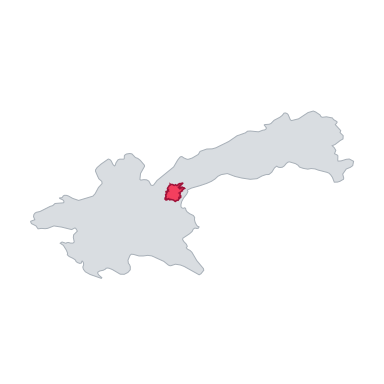 Bolikhanh, Bolikhamxai, Laos (highlighted), rotated 280°
{"feature_id": "54806243B38161899142036", "entity_name": "Bolikhanh", "entity_type": "district", "adm_level": 2, "iso_a3": "LAO", "parent_name": "Laos", "parent_adm1": "Bolikhamxai", "projection": "equal_earth", "projection_center": [103.824, 18.646], "detail": "fine", "context": "in_parent", "style": "filled", "palette": "rose", "viewbox_px": 384, "rotation_deg": 280, "n_neighbors": 0, "source": "geoboundaries", "source_scale": "gbopen_adm2", "svg_char_len": 7322}
<svg xmlns="http://www.w3.org/2000/svg" viewBox="0 0 384 384"><g transform="rotate(280 192 192)"><path d="M145.0,42.3L146.4,45.7L153.2,54.8L154.4,57.2L156.9,59.1L159.0,67.2L159.9,67.7L161.0,67.2L161.9,66.0L162.6,62.9L163.1,62.6L163.9,65.1L165.8,65.9L166.6,67.0L166.9,69.0L166.6,71.0L165.0,75.6L164.0,81.8L170.7,95.1L173.5,96.9L180.2,99.1L184.7,102.0L186.8,101.3L188.8,98.0L191.3,96.2L195.8,93.3L197.1,93.2L199.6,94.3L203.7,97.6L209.9,103.8L209.7,105.5L208.5,107.1L205.2,109.5L204.2,111.1L204.8,111.7L207.6,112.1L210.8,113.5L211.8,115.1L212.4,118.8L213.0,119.5L216.0,119.1L216.9,119.6L218.0,120.8L219.1,123.9L219.1,126.2L216.1,130.3L215.7,132.7L214.2,135.6L210.1,140.5L209.0,140.8L201.3,138.1L195.3,138.5L194.8,139.5L195.8,142.4L196.1,145.3L195.2,147.6L191.7,150.4L191.5,151.7L192.2,153.0L197.3,155.6L213.5,169.6L220.9,172.3L224.2,174.1L225.0,175.1L225.0,176.3L224.2,177.9L223.5,180.7L223.4,182.3L224.2,183.9L225.5,186.3L230.1,191.7L233.4,192.9L236.9,199.1L238.0,204.4L239.7,207.9L248.2,219.5L255.2,226.6L259.5,234.3L261.5,236.1L262.2,238.9L262.8,247.0L265.2,251.1L265.7,252.7L266.8,253.9L268.0,254.2L270.5,251.5L271.0,251.9L272.1,256.2L273.1,257.8L276.9,260.4L280.9,265.6L283.0,267.5L285.7,269.0L286.1,270.6L285.6,272.3L284.8,273.3L280.2,276.3L279.6,277.6L282.6,284.3L290.4,292.5L292.8,297.4L292.3,299.8L290.2,304.6L288.6,305.9L288.2,307.4L289.4,311.3L289.3,317.4L287.9,318.8L286.5,322.5L285.6,322.8L283.2,321.4L278.3,327.8L276.2,327.5L273.7,331.1L270.5,331.5L268.3,328.9L263.6,324.6L261.9,322.0L260.4,324.3L258.0,326.4L254.5,325.7L253.5,328.9L252.9,329.4L248.6,330.0L247.8,330.5L248.5,333.4L251.0,338.3L251.8,341.2L250.3,345.8L245.9,345.7L243.9,343.8L241.4,339.9L235.8,337.3L232.1,339.0L230.9,339.0L228.1,335.7L227.0,333.5L226.4,330.4L230.7,327.8L232.8,325.8L234.3,323.7L234.8,321.5L235.5,312.4L236.1,309.1L235.8,305.2L234.6,302.1L234.6,297.4L235.2,293.6L236.8,291.7L237.9,289.0L238.6,282.9L238.1,281.4L236.5,279.9L233.8,278.4L232.1,276.7L231.4,274.5L231.4,272.6L232.2,271.0L230.2,269.1L225.3,267.1L222.6,264.7L222.0,261.9L220.0,258.2L216.4,253.7L214.6,247.1L214.4,238.6L214.8,231.7L216.3,223.6L214.2,217.8L212.0,214.8L208.9,212.5L205.9,209.3L203.1,205.1L199.7,198.9L195.7,190.7L193.1,187.0L191.7,187.9L188.9,187.1L184.5,184.7L180.8,183.5L177.5,183.3L175.4,183.8L174.5,185.1L174.4,186.3L175.2,187.5L174.8,188.5L173.1,189.2L171.7,190.5L170.2,193.5L169.1,197.4L167.5,199.0L165.0,199.3L162.6,200.4L160.1,202.3L159.0,203.8L159.1,204.8L158.6,205.0L157.4,204.5L156.9,203.2L157.0,201.1L155.7,199.7L153.2,199.0L150.4,196.8L145.0,191.1L143.7,190.9L141.9,192.4L139.6,195.5L137.7,196.8L136.1,196.1L135.0,197.3L134.1,200.2L132.6,202.4L125.3,208.6L118.6,216.5L117.0,217.2L113.0,215.0L111.7,213.4L117.3,197.3L118.1,193.3L118.0,188.2L115.7,183.9L115.6,182.6L116.0,181.3L118.8,176.3L122.1,163.4L121.9,159.4L120.5,155.0L119.8,150.9L120.4,145.2L120.2,143.0L118.7,141.9L113.7,140.8L110.8,141.7L109.4,143.2L107.7,144.2L104.6,144.7L101.6,142.8L99.2,139.6L98.6,135.6L101.8,127.0L102.5,123.7L102.5,122.1L101.9,120.5L101.2,120.3L99.6,118.3L98.1,114.7L96.6,113.1L95.3,113.4L94.0,114.7L91.9,118.1L91.2,117.7L93.1,105.9L94.9,100.8L97.0,98.5L99.1,97.5L101.4,97.9L103.3,97.5L104.9,96.2L104.7,95.5L102.9,95.4L102.2,94.0L102.6,91.5L103.4,89.9L104.7,89.1L105.9,86.6L107.1,82.3L108.5,80.1L110.2,80.1L113.1,78.2L117.1,74.6L118.7,71.1L120.2,72.7L119.6,76.8L120.4,77.6L120.8,79.1L120.6,81.3L120.9,83.3L121.5,84.2L122.4,84.7L126.7,83.0L129.3,82.9L133.6,85.9L136.1,83.7L136.2,82.8L134.1,80.0L134.8,69.7L134.6,61.9L131.1,56.1L130.4,53.8L130.0,50.0L129.0,46.8L131.6,44.1L133.0,39.4L134.7,38.2L135.3,38.4L137.4,42.0L140.2,40.2L142.3,40.2L144.0,41.1L145.0,42.3Z" fill="#d9dde1" stroke="#a8b0b8" stroke-width="1"/><path d="M180.1,166.9L179.9,167.3L179.9,167.5L179.6,167.7L179.6,167.8L179.6,168.0L179.8,168.1L180.0,168.2L180.1,168.3L180.3,168.3L180.5,168.3L180.8,168.5L180.9,168.9L180.9,169.1L180.9,169.3L180.9,169.7L181.0,169.8L180.9,169.8L181.0,169.9L181.2,170.2L181.2,170.4L181.1,170.5L180.9,170.9L180.5,171.1L180.4,171.2L180.5,171.4L180.6,171.5L180.7,171.9L180.7,172.0L181.0,172.0L181.0,172.5L180.9,172.7L181.0,172.9L181.0,173.1L180.9,173.4L181.0,173.7L180.9,174.1L180.9,174.5L180.9,174.9L180.8,175.2L180.8,175.4L180.1,176.4L180.2,176.8L180.2,177.0L179.8,177.2L179.8,177.3L179.9,177.5L180.2,177.6L180.3,177.7L180.9,178.2L181.2,178.7L181.4,179.8L181.6,179.9L182.2,180.1L182.4,180.0L182.5,180.0L182.8,180.2L183.2,180.6L183.4,180.5L183.4,180.4L183.5,180.4L183.9,180.1L184.0,180.0L184.3,180.2L184.3,180.3L184.2,180.3L184.3,180.4L184.3,180.5L184.2,180.5L184.0,180.8L184.1,181.0L184.2,180.9L184.3,181.0L184.5,181.3L184.7,181.2L184.8,181.1L184.8,181.5L184.9,181.8L186.2,181.6L186.3,181.5L186.5,181.4L186.5,181.2L186.4,181.0L186.5,180.9L186.9,180.6L187.9,180.6L188.0,180.6L188.3,180.6L188.5,180.6L188.8,179.5L190.9,181.6L191.5,182.3L192.0,181.9L193.5,183.2L193.8,183.4L194.2,184.2L194.3,184.1L194.4,183.8L194.6,183.6L194.8,183.4L194.7,183.0L194.6,182.7L194.6,182.4L194.6,182.2L194.9,181.7L195.1,181.6L195.1,181.4L194.8,181.3L194.8,181.5L194.7,181.4L194.7,181.2L194.8,180.9L194.6,180.8L194.5,180.5L194.5,180.4L194.3,180.2L194.2,180.2L194.3,180.1L194.2,180.1L194.2,179.7L194.1,179.8L194.1,179.7L193.9,179.5L193.8,179.3L193.7,179.3L193.8,179.2L193.6,179.1L193.8,179.0L193.9,178.9L193.8,178.7L193.9,178.4L194.0,178.3L193.9,178.2L194.0,178.1L194.1,177.8L194.3,177.8L194.5,178.2L194.6,178.4L194.9,178.4L195.3,178.7L195.6,179.0L195.9,178.9L196.2,179.3L196.3,179.4L196.5,179.6L196.8,179.8L197.4,180.4L198.4,181.0L198.9,181.4L199.0,181.4L199.1,181.2L199.1,180.8L198.9,180.6L198.8,180.4L198.7,180.4L198.5,180.2L198.4,180.1L198.2,179.8L198.2,179.4L198.3,179.4L198.3,179.2L198.3,178.9L198.3,178.7L198.2,178.6L198.1,178.4L198.0,178.1L197.9,178.1L197.8,177.9L197.7,177.9L197.6,177.7L197.4,177.6L197.2,177.5L197.2,177.4L197.1,177.2L197.0,177.3L196.7,177.2L196.4,177.0L195.7,176.1L195.8,176.0L195.9,175.8L195.9,175.7L195.9,175.2L196.2,174.9L196.2,174.6L196.3,174.5L195.9,174.0L195.6,173.5L195.4,173.4L195.4,173.2L195.4,172.7L195.5,172.6L195.6,172.4L195.8,172.3L195.8,172.2L195.9,171.9L196.0,171.4L196.0,171.1L195.9,170.7L195.8,170.3L195.7,169.8L195.8,169.6L195.9,169.4L195.7,169.5L195.4,169.5L195.2,169.4L195.2,169.2L194.9,168.9L194.7,169.0L194.5,168.6L194.4,168.6L194.0,168.3L193.8,168.2L193.7,168.2L193.4,168.1L193.1,168.0L192.9,167.9L192.7,167.8L192.4,167.6L192.2,167.5L191.8,167.4L191.6,167.3L191.2,167.2L191.0,167.3L190.9,167.3L190.7,167.5L190.4,167.7L190.4,167.8L190.3,167.7L190.1,167.6L189.8,167.7L189.8,167.8L189.4,167.9L189.4,168.0L189.4,168.3L189.2,168.3L189.2,168.5L188.9,168.7L188.8,168.3L188.7,168.2L188.6,167.8L188.4,167.7L188.5,167.5L188.6,167.4L188.5,167.2L188.3,167.2L188.2,167.0L187.9,167.1L187.7,167.0L187.7,166.9L187.6,167.0L187.6,166.9L187.5,167.0L187.4,167.0L187.3,166.9L187.2,166.9L186.9,166.7L186.8,166.8L186.6,167.0L186.3,167.1L186.2,167.2L186.1,167.3L185.8,167.3L185.8,167.2L185.7,167.2L185.6,166.9L185.4,166.9L185.4,167.0L185.2,167.0L185.2,166.9L185.1,166.7L184.8,166.5L184.7,166.6L184.6,166.4L184.6,166.5L184.5,166.8L184.3,166.8L184.0,166.9L183.8,166.9L183.7,166.8L183.2,167.0L182.9,167.4L182.6,167.3L182.5,167.1L182.3,167.0L182.2,166.9L182.1,167.1L181.7,167.3L181.5,167.2L181.3,167.2L181.2,167.1L181.1,166.9L181.0,167.0L180.9,167.0L180.8,166.7L180.7,166.7L180.4,166.6L180.2,166.8L180.1,166.9Z" fill="#f43f5e" stroke="#9f1239" stroke-width="1.5"/></g></svg>